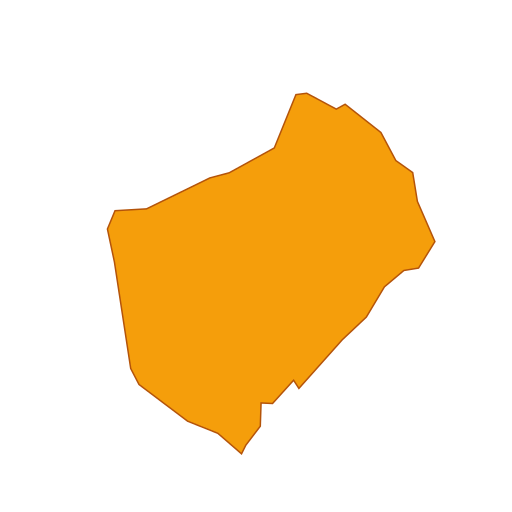 Cannon, Tennessee, United States of America (Mercator projection), rotated 213°
{"feature_id": "52423323B6550108004779", "entity_name": "Cannon", "entity_type": "district", "adm_level": 2, "iso_a3": "USA", "parent_name": "United States of America", "parent_adm1": "Tennessee", "projection": "mercator", "projection_center": [-86.082, 35.804], "detail": "fine", "context": "isolated", "style": "filled", "palette": "amber", "viewbox_px": 512, "rotation_deg": 213, "n_neighbors": 0, "source": "geoboundaries", "source_scale": "gbopen_adm2", "svg_char_len": 560}
<svg xmlns="http://www.w3.org/2000/svg" viewBox="0 0 512 512"><g transform="rotate(213 256 256)"><path d="M161.5,91.8L159.7,115.6L171.7,135.5L161.8,141.3L156.8,172.3L147.9,168.3L138.0,232.9L130.2,264.9L131.5,300.1L124.1,324.4L113.1,334.4L113.8,365.5L150.4,389.7L170.0,411.3L190.7,412.2L218.5,427.6L263.9,431.8L268.7,422.9L302.1,420.1L310.4,413.1L299.5,356.6L323.8,311.2L337.2,296.4L373.5,235.9L398.9,217.2L395.3,197.7L371.5,173.9L299.8,93.4L284.1,84.5L223.3,80.2L191.4,86.5L160.4,82.2L161.5,91.8Z" fill="#f59e0b" stroke="#b45309" stroke-width="1.5"/></g></svg>